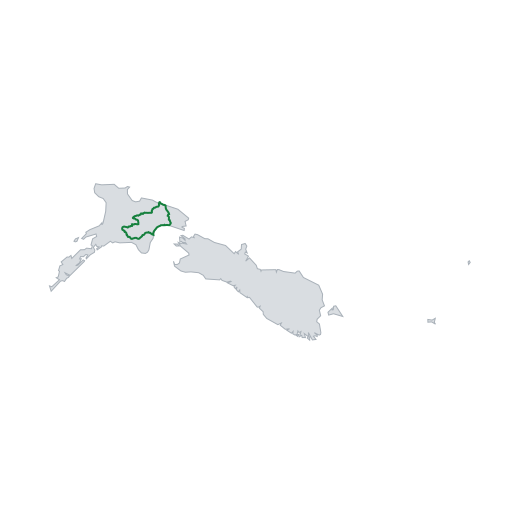 Manawatu-Wanganui on a map of New Zealand (Mercator projection), rotated 258°
{"feature_id": "NZL-3334", "entity_name": "Manawatu-Wanganui", "entity_type": "Regional Council", "adm_level": 1, "iso_a3": "NZL", "parent_name": "New Zealand", "parent_adm1": "", "projection": "mercator", "projection_center": [175.592, -39.627], "detail": "fine", "context": "in_parent", "style": "outline", "palette": "green", "viewbox_px": 512, "rotation_deg": 258, "n_neighbors": 0, "source": "natural_earth", "source_scale": "10m", "svg_char_len": 6738}
<svg xmlns="http://www.w3.org/2000/svg" viewBox="0 0 512 512"><g transform="rotate(258 256 256)"><path d="M270.9,190.7L272.8,190.8L281.1,184.4L284.5,183.0L285.4,182.8L283.6,184.8L284.0,186.2L282.1,190.6L283.7,189.9L284.7,186.8L285.8,186.2L285.4,184.5L290.4,185.1L288.7,188.1L286.0,189.9L287.7,190.1L291.5,186.9L291.5,188.7L286.5,194.0L288.1,196.9L286.8,199.3L288.2,199.0L290.1,200.9L289.0,203.3L283.6,209.5L282.8,212.6L277.9,218.1L272.6,228.4L262.8,235.1L264.6,236.9L261.2,239.4L263.9,238.9L265.8,243.0L270.2,244.2L270.5,248.0L267.6,249.1L264.8,247.3L260.8,248.0L262.1,246.4L260.4,245.4L257.4,248.6L253.1,244.8L255.5,249.2L246.9,254.3L243.3,254.7L242.0,257.4L240.0,257.7L241.2,258.5L238.5,272.6L236.0,272.6L238.3,274.1L237.9,275.6L235.1,279.7L231.1,290.7L232.6,293.2L232.4,295.1L225.1,297.9L214.4,311.3L204.8,313.2L199.3,311.6L193.0,312.6L191.9,308.8L189.8,306.7L184.1,306.8L181.5,302.7L179.1,301.7L176.3,303.9L167.5,303.5L165.8,302.8L165.5,301.3L168.9,297.1L165.8,299.4L164.5,299.1L165.7,297.3L165.6,295.5L161.9,297.3L162.2,293.7L170.3,291.3L167.1,291.0L166.9,289.8L170.1,287.1L165.9,287.4L166.6,284.2L168.9,284.2L168.1,281.9L172.8,284.3L172.2,282.1L174.0,281.4L170.8,279.9L170.7,277.5L172.3,275.8L174.5,276.6L173.1,274.6L177.0,270.7L177.9,273.7L178.2,269.4L183.2,265.3L185.2,266.9L184.3,263.1L192.7,253.5L197.4,251.0L200.0,251.4L204.2,248.5L206.1,249.6L205.4,247.5L205.9,246.5L216.9,241.0L216.9,239.3L218.1,239.0L217.3,238.5L223.5,232.6L226.1,233.0L224.6,231.3L227.1,229.8L229.7,231.0L228.2,229.1L230.5,228.0L231.7,229.6L231.8,227.3L235.6,222.6L236.2,226.3L236.7,225.8L236.5,222.1L239.2,217.7L241.2,216.8L240.2,215.5L244.0,202.1L248.1,200.4L251.6,196.4L254.0,189.0L254.8,183.5L257.0,179.4L263.0,174.2L268.0,174.2L264.6,174.7L264.1,177.4L265.1,179.7L268.8,181.3L270.9,190.7ZM268.4,49.9L273.6,58.8L276.3,56.1L276.7,58.2L281.9,60.6L282.8,59.8L287.1,62.1L287.8,65.3L290.7,64.2L294.3,71.0L293.8,72.7L295.0,75.1L291.9,75.3L298.6,85.7L297.8,89.5L298.9,91.9L297.3,96.6L300.1,98.0L301.1,96.9L306.8,99.8L308.2,104.2L310.8,104.1L309.9,93.5L308.2,90.8L309.4,89.1L313.1,94.7L314.6,94.5L316.3,99.0L318.1,108.9L320.4,112.0L319.2,111.5L318.9,112.3L320.1,113.3L331.0,118.3L339.3,120.5L344.0,118.5L346.7,114.5L351.4,111.4L355.7,111.6L360.0,114.2L357.7,119.8L355.6,132.2L350.8,135.8L349.7,142.1L350.7,144.7L349.7,146.7L347.7,144.0L343.4,143.2L336.0,146.4L334.0,149.5L333.8,153.5L336.6,156.0L332.2,166.4L329.6,169.3L318.0,189.3L307.0,198.0L305.5,197.2L304.6,193.8L299.9,193.9L300.2,189.9L299.6,189.5L297.9,191.7L295.9,191.0L304.5,176.4L306.0,169.2L304.4,165.5L302.0,162.0L294.7,159.0L291.2,155.4L284.3,152.5L282.3,150.7L281.5,148.4L282.8,144.6L286.6,142.3L292.0,140.9L295.2,137.1L297.2,125.4L299.2,121.1L298.6,118.5L300.7,116.6L297.4,109.2L298.0,106.9L297.0,106.6L295.0,101.9L296.3,101.7L297.5,104.3L298.6,102.2L300.7,101.7L298.3,98.7L295.3,99.6L293.2,98.7L291.7,94.3L288.5,89.5L289.4,89.3L292.0,91.7L292.9,89.9L291.2,87.1L291.9,84.3L289.8,82.8L289.6,84.5L286.0,81.9L284.0,77.6L284.0,79.8L288.1,86.1L287.0,87.4L286.3,86.8L275.7,70.2L279.3,65.7L277.1,66.5L275.1,69.3L274.1,68.2L273.5,66.1L270.9,63.4L272.1,61.7L272.1,59.6L264.1,48.3L269.7,47.8L268.4,49.9ZM186.0,314.7L189.1,319.7L187.4,319.3L187.4,320.4L190.7,321.5L190.7,323.7L178.8,328.3L183.4,319.8L183.1,314.8L186.0,314.7ZM156.7,415.0L157.8,418.4L154.0,416.6L152.0,417.4L155.0,414.1L155.5,410.4L158.2,410.9L156.7,415.0ZM310.3,83.0L310.9,86.2L307.6,83.9L307.4,82.2L308.3,81.0L310.3,83.0ZM284.0,181.7L281.8,182.9L282.3,180.1L284.8,178.4L284.0,181.7ZM166.1,290.0L165.8,291.8L162.5,291.0L165.1,289.1L166.1,290.0ZM206.1,462.2L207.0,463.6L205.2,464.2L203.5,462.2L206.1,462.2ZM169.9,278.9L170.6,281.7L168.5,280.3L169.9,278.9Z" fill="#d9dde1" stroke="#a8b0b8" stroke-width="1"/><path d="M304.2,177.5L304.6,176.1L304.8,175.7L304.9,175.3L305.0,174.0L305.1,173.5L305.1,173.4L305.1,173.2L305.3,173.1L305.5,173.0L305.4,172.7L305.4,172.3L305.3,172.0L305.4,171.8L305.5,171.5L305.7,170.2L305.8,169.4L305.8,169.1L305.7,169.0L305.4,168.4L305.2,167.0L304.9,165.9L304.7,165.3L304.4,164.8L303.2,163.5L302.8,162.9L301.3,161.2L300.2,160.5L299.3,160.0L298.8,160.0L298.1,160.0L298.6,159.1L298.9,158.8L299.3,158.5L299.7,158.0L300.2,157.7L300.6,157.5L300.8,157.2L300.8,156.9L300.8,156.5L300.9,156.3L301.0,156.2L301.4,156.1L301.7,155.8L301.6,155.6L301.5,154.5L301.7,153.5L301.6,152.9L301.4,152.2L300.6,151.5L300.1,150.9L300.0,150.5L300.0,150.0L300.0,149.8L300.1,149.6L300.0,149.3L299.7,149.1L299.0,148.6L299.0,148.3L298.3,147.3L297.9,146.3L297.3,145.6L297.2,144.7L297.6,143.8L298.6,142.7L298.9,141.5L298.9,140.9L298.7,140.1L298.8,139.7L298.7,139.0L298.5,138.2L298.9,137.4L299.0,137.3L299.4,137.1L299.7,137.0L300.3,136.6L300.9,136.4L300.9,136.2L301.3,135.3L301.2,134.9L301.4,134.7L302.4,134.5L302.8,134.3L303.1,134.0L303.3,134.0L303.5,134.1L303.6,133.9L303.8,133.8L304.5,133.9L305.2,134.0L305.5,133.9L306.2,133.6L306.5,133.3L306.5,133.2L306.8,133.0L306.8,132.6L307.3,132.4L307.7,132.6L308.0,132.6L308.6,131.8L309.5,130.8L310.4,130.7L311.2,131.0L311.9,131.5L312.1,132.1L312.2,132.7L312.2,133.0L312.1,133.5L311.7,134.1L311.5,134.8L311.1,135.6L310.5,136.5L310.8,137.1L311.3,137.5L311.3,138.1L311.0,138.7L311.1,139.2L311.4,139.6L311.4,140.0L311.2,141.0L311.7,141.3L312.3,141.3L312.8,141.3L312.8,141.7L312.5,142.3L312.3,142.8L312.2,143.2L312.4,143.6L312.5,144.0L312.3,145.0L311.9,145.9L311.6,146.7L311.6,147.5L313.1,147.9L314.6,147.9L315.2,148.0L315.9,147.6L316.1,147.4L316.2,147.1L316.3,146.7L316.5,146.5L316.6,146.2L316.8,145.9L317.4,145.7L317.9,145.1L318.0,145.0L318.1,144.2L318.7,143.5L318.9,143.5L319.7,144.4L320.2,145.8L320.2,147.3L320.5,148.1L320.3,148.7L319.9,149.4L320.3,150.1L320.3,150.8L320.7,151.2L320.6,151.8L321.0,152.2L321.2,152.3L321.3,152.3L321.5,152.4L321.5,152.5L321.4,152.6L321.4,152.8L321.1,153.4L320.8,153.8L320.7,154.0L320.7,154.3L321.0,154.5L321.3,154.7L321.2,155.0L321.4,155.5L321.6,156.0L321.4,156.2L321.3,156.4L321.3,156.7L320.6,159.5L320.4,160.9L320.0,162.5L320.1,163.0L320.4,163.3L320.7,163.4L321.8,163.4L322.8,164.2L323.0,164.4L323.3,164.4L323.4,164.5L323.5,164.6L323.6,164.8L323.6,165.1L323.6,165.4L323.8,165.7L324.4,166.2L324.4,166.6L324.3,167.0L324.3,167.6L324.8,168.7L324.8,169.4L324.7,170.1L324.7,170.8L325.2,171.3L325.8,171.7L327.5,171.9L328.0,172.2L328.7,172.8L328.4,173.4L328.0,173.5L327.6,173.4L327.2,173.5L326.3,175.0L325.3,176.0L325.2,176.3L325.1,176.5L325.1,176.8L325.0,177.0L324.6,177.6L324.3,177.7L324.1,177.8L324.0,178.0L322.5,177.8L321.5,177.7L320.6,177.8L319.8,178.0L318.2,178.8L316.8,179.4L315.5,179.7L315.0,179.7L314.8,178.8L314.4,178.4L313.7,178.0L313.3,178.4L312.4,178.9L311.5,178.8L309.7,178.3L309.3,178.5L308.9,179.1L308.4,179.1L307.9,179.1L307.3,179.1L306.5,179.5L306.2,179.5L305.5,179.3L305.1,178.7L304.4,178.1L304.2,177.5Z" fill="none" stroke="#15803d" stroke-width="2"/></g></svg>